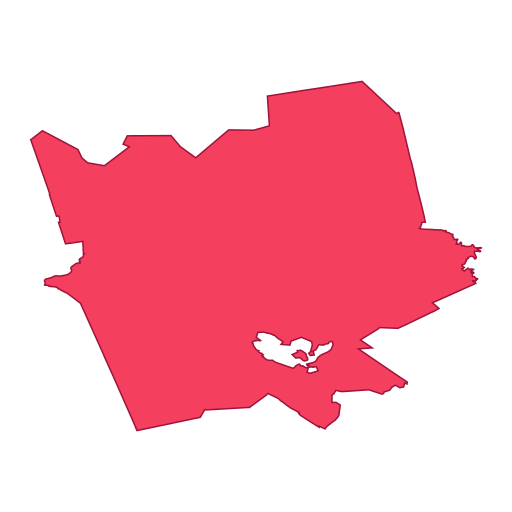 outline of Staiceles pag., Alojas, Latvia
{"feature_id": "27541924B5115242509873", "entity_name": "Staiceles pag.", "entity_type": "district", "adm_level": 2, "iso_a3": "LVA", "parent_name": "Latvia", "parent_adm1": "Alojas", "projection": "equal_earth", "projection_center": [24.767, 57.89], "detail": "fine", "context": "isolated", "style": "filled", "palette": "rose", "viewbox_px": 512, "rotation_deg": 0, "n_neighbors": 0, "source": "geoboundaries", "source_scale": "gbopen_adm2", "svg_char_len": 5980}
<svg xmlns="http://www.w3.org/2000/svg" viewBox="0 0 512 512"><path d="M137.0,430.6L200.3,417.3L204.7,409.7L205.0,409.4L205.8,409.9L206.5,409.9L242.3,407.8L249.3,407.4L249.4,407.5L266.2,395.2L267.7,393.6L267.8,393.6L268.2,393.5L268.5,393.8L278.2,398.4L280.5,400.6L283.5,402.6L286.2,404.8L290.8,408.1L299.0,412.4L298.4,412.8L299.5,414.5L300.9,415.7L317.2,426.1L319.2,427.2L319.1,426.2L325.1,428.9L326.7,426.6L331.0,423.2L334.9,420.3L335.0,420.3L337.7,417.3L338.9,415.2L339.1,413.6L340.3,405.0L336.0,402.3L332.0,402.5L332.0,395.5L331.8,395.2L334.2,393.5L334.2,393.2L336.0,390.4L340.9,391.5L342.5,391.6L368.8,389.8L381.9,394.1L383.6,393.6L384.0,392.0L389.6,390.3L391.8,387.4L394.9,385.3L396.7,385.9L399.9,387.7L403.6,387.0L404.7,383.1L407.0,384.0L407.3,382.1L394.2,373.3L358.4,348.9L372.2,347.9L360.4,339.9L378.2,328.9L378.4,328.6L379.8,327.6L398.0,328.3L407.7,323.8L429.9,313.1L433.9,311.3L439.0,308.5L432.4,302.8L475.8,283.4L475.1,282.1L474.9,281.9L473.2,281.7L472.7,281.3L472.6,280.9L472.8,280.7L474.5,281.0L475.4,280.9L476.3,280.3L476.2,280.0L475.8,279.8L475.8,279.7L476.0,279.5L476.9,279.2L477.4,279.2L477.7,278.9L477.3,278.6L475.9,278.3L474.4,276.6L473.8,276.5L472.4,276.7L472.3,275.6L472.3,274.6L472.2,273.6L472.3,273.3L472.8,273.1L473.5,273.4L473.7,273.2L473.8,272.9L473.7,272.4L473.4,272.2L472.9,272.2L471.9,272.6L471.1,272.7L470.9,272.4L471.0,272.0L471.9,271.5L472.0,271.3L471.3,270.8L471.0,270.7L470.5,270.3L470.6,270.1L471.3,269.8L472.9,269.8L473.4,269.8L473.6,269.5L472.9,269.2L471.3,269.0L470.2,269.3L469.4,269.2L468.3,268.3L467.7,268.2L466.3,269.5L465.8,269.7L465.1,270.2L464.4,271.1L463.7,270.9L463.1,269.9L462.8,269.8L461.8,269.2L461.7,268.9L463.8,267.9L464.3,267.4L462.1,265.9L461.8,265.5L461.8,265.2L462.6,264.7L463.8,264.3L464.8,263.8L465.4,262.2L466.3,261.1L466.3,260.5L466.1,259.9L467.7,258.9L468.3,258.3L468.1,257.5L470.5,256.4L471.5,256.3L472.2,256.3L473.0,256.6L474.8,258.7L474.8,258.9L475.5,258.8L476.3,257.6L476.3,257.1L475.1,254.5L474.2,252.7L474.1,252.3L474.4,252.3L474.3,251.8L474.7,251.4L476.0,251.2L477.2,251.2L480.2,251.7L480.6,251.3L480.3,250.7L477.9,249.8L477.3,249.3L477.2,249.0L477.6,248.7L481.1,248.1L481.3,247.9L480.8,247.6L479.8,247.6L478.0,247.9L476.6,247.9L475.1,247.7L474.6,247.5L474.1,246.9L473.9,246.1L473.5,245.5L472.7,244.7L472.3,244.7L472.0,244.8L471.8,245.1L471.6,245.7L471.4,246.0L470.3,246.3L468.2,246.5L465.3,246.4L463.9,245.6L462.0,245.9L461.4,245.5L461.5,243.2L461.4,242.6L460.7,242.2L460.4,242.4L459.4,243.8L457.3,244.3L456.2,244.1L456.8,243.2L457.0,242.5L456.5,241.2L457.1,240.4L457.7,239.8L457.8,239.5L457.5,239.2L454.5,239.5L454.0,239.3L453.4,237.1L452.5,236.5L452.4,236.3L452.3,236.1L452.8,235.4L452.9,234.4L451.1,234.0L448.6,232.6L445.9,232.0L445.7,231.8L445.6,231.6L446.0,231.0L446.0,230.7L445.8,230.6L444.9,230.5L444.1,230.9L443.5,230.9L442.8,230.6L442.7,230.2L440.6,229.9L435.3,229.8L432.4,229.5L423.0,229.2L420.3,228.7L419.3,228.2L419.5,228.1L420.7,226.9L420.9,226.3L420.9,225.3L421.3,224.9L421.7,224.0L421.8,222.2L425.4,222.2L424.6,219.2L424.5,217.8L421.7,206.0L418.8,194.6L416.9,187.5L415.3,178.9L411.6,162.8L410.4,159.1L403.2,128.8L398.9,112.4L399.1,112.1L396.6,113.6L362.1,81.4L322.4,87.6L303.7,90.4L267.4,96.1L269.4,125.8L253.7,130.2L228.7,129.9L195.7,157.8L180.4,146.7L171.0,135.6L127.3,135.8L123.1,144.2L129.3,146.8L104.4,165.7L87.6,162.8L81.9,157.9L78.0,149.6L42.4,130.7L30.7,139.8L30.8,139.9L47.5,187.3L49.8,194.2L49.4,194.7L56.5,216.3L58.8,215.9L59.4,217.9L60.0,222.2L58.5,222.3L65.5,243.8L69.9,243.3L82.8,241.4L83.3,251.4L83.5,252.9L83.7,253.3L84.1,253.7L83.4,253.7L83.4,256.3L83.3,256.6L79.9,258.8L79.2,259.6L79.3,260.0L80.0,260.7L79.4,261.4L79.5,261.7L80.2,262.5L80.2,263.1L77.4,263.1L75.9,263.6L71.7,266.7L71.0,267.5L71.0,269.2L71.6,270.1L71.6,270.9L71.1,272.0L69.6,273.3L68.0,274.3L66.8,274.8L61.4,275.9L59.0,276.1L56.1,275.8L54.4,276.1L51.4,277.6L48.9,278.3L45.8,279.0L44.9,279.8L44.5,280.5L44.5,281.3L45.1,282.1L45.1,283.4L44.6,285.1L45.3,285.3L45.9,285.2L46.3,285.3L47.2,285.2L48.0,285.6L48.5,285.6L48.8,286.0L49.0,286.2L49.7,285.9L50.0,286.4L50.3,286.5L51.2,286.6L51.9,286.5L52.7,286.7L55.1,286.8L57.6,287.8L57.9,288.6L59.0,289.0L59.4,289.1L61.3,290.4L67.5,293.4L80.5,303.3L103.3,354.0L104.6,357.2L113.5,376.9L131.1,416.8L135.8,427.6L135.7,427.7L137.0,430.6ZM299.7,364.2L298.9,364.1L296.0,365.7L293.7,368.1L292.1,368.0L275.9,362.4L274.8,361.9L273.9,361.2L272.8,360.3L270.0,360.3L268.4,360.2L266.9,359.8L264.7,358.3L262.9,356.8L263.3,356.6L262.0,355.5L263.2,354.8L262.7,354.5L262.2,353.8L261.9,353.7L261.8,353.4L261.2,353.2L260.9,353.3L259.5,352.5L258.6,351.8L258.1,351.2L258.7,350.8L258.4,350.7L256.5,349.8L255.7,349.0L254.6,347.2L253.6,345.8L253.4,345.3L253.2,343.9L253.0,343.5L252.2,342.9L252.1,342.5L252.3,342.2L252.8,341.9L252.9,341.6L253.9,341.3L254.1,341.0L254.7,340.6L255.1,340.8L255.7,340.5L255.8,340.8L257.9,340.4L260.1,340.8L260.6,340.5L256.3,337.4L256.6,336.4L257.9,332.4L263.8,332.1L266.3,332.9L271.1,333.9L273.5,335.2L273.9,334.9L274.6,335.4L277.6,338.1L283.1,341.8L281.0,344.4L289.9,345.1L291.1,341.1L301.4,337.3L311.6,341.6L312.3,345.0L310.5,351.7L308.7,353.2L310.2,355.5L314.2,355.0L313.4,351.7L312.5,351.5L315.7,349.8L316.1,349.5L317.5,347.2L318.6,344.8L323.4,345.1L325.9,343.9L326.9,343.9L328.2,343.6L328.5,343.4L328.9,342.4L329.6,341.8L330.1,341.7L331.3,341.5L332.1,341.8L332.5,342.2L333.0,344.5L332.9,345.1L332.3,346.4L331.4,348.9L330.1,350.3L327.7,352.0L321.8,354.6L320.2,355.6L317.9,357.5L316.2,360.6L315.2,361.6L313.5,362.4L306.7,364.1L307.2,365.4L309.0,365.3L307.9,367.2L312.8,366.9L312.9,367.2L316.3,366.7L318.2,370.8L310.1,373.3L307.0,372.3L308.1,368.8L307.1,367.9L304.8,367.2L302.8,365.8L301.2,366.2L299.7,364.2ZM295.8,358.1L299.2,357.6L300.7,358.3L303.2,360.5L304.2,360.9L304.3,361.0L306.9,360.4L307.6,359.9L307.8,359.1L307.7,358.7L307.5,358.0L307.0,357.3L306.4,356.1L306.2,354.4L305.7,353.6L305.0,353.0L302.7,351.4L301.8,350.8L300.6,350.3L299.8,350.3L298.1,350.6L297.2,350.6L297.7,352.2L292.1,354.5L295.8,358.1Z" fill="#f43f5e" stroke="#9f1239" stroke-width="1.5"/></svg>